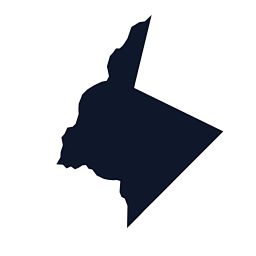 outline of Xexéu, Pernambuco, Brazil, rotated 149°
{"feature_id": "56859067B38372235502315", "entity_name": "Xexéu", "entity_type": "district", "adm_level": 2, "iso_a3": "BRA", "parent_name": "Brazil", "parent_adm1": "Pernambuco", "projection": "robinson", "projection_center": [-35.636, -8.841], "detail": "fine", "context": "isolated", "style": "filled", "palette": "ink", "viewbox_px": 256, "rotation_deg": 149, "n_neighbors": 0, "source": "geoboundaries", "source_scale": "gbopen_adm2", "svg_char_len": 873}
<svg xmlns="http://www.w3.org/2000/svg" viewBox="0 0 256 256"><g transform="rotate(149 128 128)"><path d="M178.7,43.9L161.4,48.3L156.1,49.8L133.7,55.3L94.6,65.2L49.3,76.5L67.7,104.8L81.0,125.3L103.1,159.3L98.5,164.1L51.8,211.5L58.7,209.9L63.8,212.1L72.7,212.1L81.8,204.5L86.1,202.3L90.4,200.4L94.4,199.7L97.4,201.5L101.5,199.7L106.1,198.3L113.7,191.2L117.0,181.6L121.9,178.6L126.6,180.4L134.5,181.3L143.0,181.2L149.6,179.6L152.9,177.0L157.2,173.7L160.4,168.9L162.5,164.9L170.3,157.9L174.7,156.8L179.7,158.7L185.0,155.0L189.4,153.6L192.0,146.4L197.5,141.6L200.6,137.0L206.7,133.7L202.0,130.5L200.9,125.7L196.2,125.1L194.2,120.6L190.3,120.1L186.0,120.2L182.4,118.5L182.0,113.7L179.3,111.2L178.5,103.6L174.4,97.4L171.4,94.6L167.5,91.7L164.0,89.9L160.9,86.6L167.5,77.1L168.3,72.4L166.3,69.4L167.8,61.3L178.7,43.9Z" fill="#0f172a" stroke="#020617" stroke-width="1.5"/></g></svg>